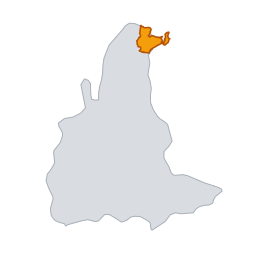 San Rafael del Yuma, La Altagracia, Dominican Republic shown in context, rotated 264°
{"feature_id": "3306468B72129908795789", "entity_name": "San Rafael del Yuma", "entity_type": "district", "adm_level": 2, "iso_a3": "DOM", "parent_name": "Dominican Republic", "parent_adm1": "La Altagracia", "projection": "equal_earth", "projection_center": [-68.667, 18.325], "detail": "fine", "context": "in_parent", "style": "filled", "palette": "amber", "viewbox_px": 256, "rotation_deg": 264, "n_neighbors": 0, "source": "geoboundaries", "source_scale": "gbopen_adm2", "svg_char_len": 6138}
<svg xmlns="http://www.w3.org/2000/svg" viewBox="0 0 256 256"><g transform="rotate(264 128 128)"><path d="M36.8,184.1L37.2,171.5L38.7,166.4L37.3,161.0L31.1,155.2L27.3,147.9L23.9,141.4L24.7,140.4L31.5,140.1L33.9,137.7L38.6,131.0L39.5,125.7L39.2,121.6L36.2,116.8L35.1,111.6L38.8,107.2L43.7,100.7L44.3,98.2L44.3,95.7L38.7,88.9L38.3,85.9L41.0,78.5L40.7,73.6L38.2,58.2L37.0,55.9L39.5,54.6L41.2,50.1L43.4,46.0L46.4,43.8L49.7,42.4L56.2,42.5L65.3,46.1L67.9,46.0L76.6,42.8L83.9,41.0L90.7,43.0L93.4,45.8L99.0,50.2L101.8,51.5L110.7,51.4L113.2,51.9L120.6,59.1L126.9,62.0L130.5,62.2L137.1,59.4L140.3,59.4L144.0,65.7L144.7,74.6L147.8,82.7L152.6,87.8L176.1,85.7L181.4,89.9L179.6,93.4L176.2,95.3L165.1,94.5L160.2,94.9L159.2,98.4L159.1,101.7L165.7,102.4L172.1,104.1L178.6,106.7L185.3,108.5L192.8,109.6L200.2,111.5L212.5,117.9L226.1,132.5L229.7,135.8L232.1,140.3L231.0,145.9L226.1,155.1L223.4,158.1L219.3,159.9L216.6,163.6L213.9,170.1L212.3,170.6L210.4,170.4L207.1,166.7L204.8,161.1L198.2,155.9L190.4,156.5L178.9,153.4L171.9,154.9L165.0,155.3L157.8,153.7L150.7,153.1L143.5,155.1L136.6,158.5L134.0,160.6L129.5,165.9L127.2,167.8L110.3,170.5L105.4,166.6L100.9,161.4L94.4,160.6L85.0,164.7L79.1,166.2L76.7,167.9L76.0,169.9L75.9,177.3L74.6,181.7L65.3,198.6L60.0,210.5L57.9,214.2L55.4,215.0L50.9,208.1L48.0,205.7L44.5,204.4L43.0,200.8L43.1,195.6L42.2,190.6L40.0,186.7L36.8,184.1Z" fill="#d9dde1" stroke="#a8b0b8" stroke-width="1"/><path d="M203.7,147.3L203.3,147.5L203.2,147.6L203.1,148.1L202.9,148.5L202.8,149.1L202.3,149.4L202.2,149.5L202.3,150.1L202.2,150.3L201.7,150.7L201.6,150.9L201.7,151.1L202.0,151.4L202.1,151.6L201.8,151.9L201.4,151.9L201.3,152.0L201.4,152.4L201.3,153.2L201.1,153.7L201.1,154.1L201.2,154.6L201.1,154.9L200.6,155.3L200.6,156.0L200.3,156.6L200.6,156.8L201.0,157.0L201.3,157.2L201.3,157.3L201.7,157.4L202.1,157.8L202.3,157.8L202.6,157.9L203.0,158.2L203.0,158.3L203.4,158.5L203.6,158.7L203.4,158.7L203.5,158.9L203.6,159.1L203.4,159.1L203.6,159.3L203.6,159.5L203.7,159.8L203.8,160.0L204.0,160.4L204.1,160.5L204.3,160.7L204.5,160.7L205.1,161.4L205.8,163.4L205.9,163.6L206.0,163.8L206.3,164.1L206.4,164.4L206.5,164.5L206.7,165.1L206.8,165.2L206.8,165.3L207.0,165.7L207.1,165.9L207.3,166.6L207.5,167.3L207.7,167.9L207.8,168.2L207.9,168.3L207.9,168.5L208.2,168.7L208.3,169.0L208.5,169.3L208.5,169.6L208.5,169.9L208.6,170.1L208.6,170.3L208.6,170.8L208.7,171.0L208.6,171.3L208.5,171.5L208.7,171.4L208.8,171.3L209.0,171.2L209.2,171.3L209.3,171.2L209.2,171.0L208.9,170.9L208.9,170.5L208.8,170.4L208.9,170.1L209.1,170.0L209.3,170.1L209.5,170.2L209.8,170.2L209.8,170.3L209.9,170.5L209.8,170.9L209.9,170.7L210.0,170.8L209.9,171.0L209.7,171.2L209.4,171.1L209.3,171.3L209.2,171.4L209.4,171.5L209.6,171.5L209.9,171.1L210.0,171.0L210.3,171.1L210.4,170.8L210.5,170.7L210.9,170.8L211.0,170.9L211.3,171.1L211.5,171.1L212.2,171.0L212.6,170.9L212.8,170.6L213.6,170.6L213.8,170.5L213.8,170.4L214.1,170.5L214.3,170.6L214.4,170.8L214.6,171.0L214.9,171.0L214.9,170.8L214.8,170.5L215.0,170.6L215.0,170.4L215.0,169.7L214.9,169.7L214.9,169.3L214.9,169.2L215.0,167.9L214.9,167.9L215.0,167.8L215.0,167.7L214.9,167.6L215.0,167.4L215.1,167.0L215.2,166.9L215.3,166.4L215.3,166.2L215.4,165.7L215.7,164.8L216.4,163.9L216.4,163.7L216.5,163.6L217.1,162.2L217.2,161.7L217.2,161.3L217.1,160.9L216.8,160.3L216.7,160.1L216.4,159.8L216.4,159.7L216.5,159.7L216.4,159.6L216.5,159.4L216.4,159.3L216.4,159.0L216.5,158.8L216.6,158.5L216.9,158.3L217.0,158.2L217.3,158.0L217.6,157.9L217.7,158.0L217.8,158.3L218.0,158.3L218.1,158.5L218.4,158.7L218.7,159.0L219.0,159.0L219.6,159.6L220.2,160.0L220.4,160.0L221.0,160.3L221.2,160.2L221.2,160.3L221.5,160.4L221.5,160.5L221.8,160.5L222.3,160.6L222.5,160.8L223.0,160.9L223.3,161.2L223.6,161.3L223.8,161.3L224.2,161.1L224.3,160.9L224.8,160.8L225.1,160.5L225.4,160.2L225.8,159.4L225.8,158.6L225.9,157.3L225.9,155.7L226.0,155.6L226.0,155.2L226.1,154.8L226.2,154.6L226.4,154.1L226.6,154.0L226.6,153.9L226.7,153.7L227.0,153.5L227.0,153.4L227.1,153.2L227.3,153.2L227.3,152.9L227.4,152.6L227.5,152.7L227.8,152.5L227.9,152.2L228.0,152.3L228.3,152.0L228.4,151.8L228.6,151.6L228.6,151.4L228.1,151.1L226.6,151.0L226.3,150.9L225.8,150.8L225.0,150.4L224.1,150.4L223.7,150.2L223.0,150.1L222.6,150.0L222.0,149.9L221.6,149.7L220.9,149.7L220.5,149.5L220.4,149.6L219.8,149.9L219.3,150.0L218.8,150.2L218.6,150.2L218.2,150.0L217.8,149.9L217.2,149.6L217.0,149.4L217.0,149.1L217.2,148.7L216.4,148.0L216.0,147.9L215.6,147.7L214.8,146.9L214.1,146.4L213.8,145.9L213.7,145.8L213.2,146.0L211.5,146.0L211.2,145.9L210.8,145.8L210.6,145.8L210.4,145.8L209.5,146.4L208.2,146.4L207.7,146.6L207.6,146.8L207.5,147.6L207.5,147.9L207.2,148.8L206.9,149.0L205.3,149.0L205.0,148.9L203.7,147.3ZM212.6,178.3L212.9,177.9L213.0,177.8L213.5,177.6L213.8,177.5L214.0,177.5L214.4,177.3L214.7,177.1L214.9,177.2L215.0,177.2L215.8,177.3L216.2,177.5L216.6,177.7L216.8,177.8L217.0,177.9L217.4,178.0L217.9,178.0L218.0,178.4L218.3,178.4L218.2,178.3L218.3,178.3L218.4,178.6L218.5,178.7L218.8,178.5L219.0,178.3L219.1,177.9L219.0,177.4L218.8,176.9L218.7,176.6L218.5,176.3L218.5,176.1L218.3,175.9L218.3,175.7L218.1,175.6L218.0,175.4L217.6,175.1L217.3,174.7L217.1,174.7L216.8,174.6L215.9,175.0L215.7,174.9L215.5,174.7L214.9,174.8L214.7,174.9L214.4,174.9L214.3,174.7L214.0,174.6L213.8,174.6L213.5,174.5L213.4,174.4L213.1,173.8L212.8,173.7L212.4,173.7L212.2,173.6L212.3,173.8L212.3,174.0L211.9,174.0L211.7,173.9L211.6,174.0L211.2,173.9L210.8,173.7L210.6,173.5L210.5,173.4L210.2,173.1L209.5,172.8L209.4,172.8L209.4,172.7L209.1,172.6L208.9,172.5L208.7,172.5L208.4,172.3L208.2,172.3L208.0,172.2L207.8,172.0L207.7,171.9L207.6,172.0L207.2,172.1L206.9,172.5L206.8,172.9L206.8,173.1L206.9,173.5L206.8,173.8L207.0,173.9L207.0,174.0L207.2,174.4L207.5,174.5L207.7,174.8L207.7,175.0L208.1,175.4L208.1,175.6L208.4,175.9L208.5,176.2L208.5,176.4L208.5,176.5L208.3,176.5L208.7,176.7L208.9,176.8L209.0,176.8L209.2,177.0L209.5,177.1L209.8,177.2L209.9,177.3L210.1,177.3L210.2,177.5L210.3,177.5L210.5,177.6L210.8,177.6L211.0,177.8L211.9,178.3L212.3,178.4L212.6,178.2L212.6,178.3L212.6,178.3ZM215.3,171.9L215.2,172.0L215.0,172.3L215.2,172.1L215.3,172.0L215.3,171.9Z" fill="#f59e0b" stroke="#b45309" stroke-width="1.5"/></g></svg>